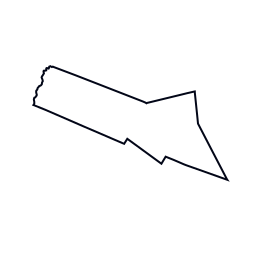 Tres de Febrero, Buenos Aires, Argentina (Equal Earth projection), rotated 335°
{"feature_id": "61730980B88678124443771", "entity_name": "Tres de Febrero", "entity_type": "district", "adm_level": 2, "iso_a3": "ARG", "parent_name": "Argentina", "parent_adm1": "Buenos Aires", "projection": "equal_earth", "projection_center": [-58.607, -34.6], "detail": "fine", "context": "isolated", "style": "outline", "palette": "ink", "viewbox_px": 256, "rotation_deg": 335, "n_neighbors": 0, "source": "geoboundaries", "source_scale": "gbopen_adm2", "svg_char_len": 1203}
<svg xmlns="http://www.w3.org/2000/svg" viewBox="0 0 256 256"><g transform="rotate(335 128 128)"><path d="M196.1,216.9L196.0,216.2L194.6,184.4L193.3,153.6L196.1,145.6L203.5,124.2L204.0,123.1L203.7,123.0L198.4,121.9L196.6,121.5L188.5,119.9L155.7,113.3L155.2,113.4L154.5,112.3L153.6,111.3L153.2,110.8L120.6,76.7L102.5,57.8L86.3,41.2L85.8,40.6L84.8,40.6L84.1,39.7L83.8,39.2L82.6,39.1L82.1,39.6L81.9,40.0L81.2,40.6L80.7,40.4L80.4,39.8L79.7,39.3L79.2,39.4L78.6,40.3L78.4,40.7L78.2,41.2L76.9,41.0L76.1,40.5L75.7,40.6L75.2,41.3L75.1,42.0L74.8,43.1L73.9,43.6L73.5,43.9L72.6,44.5L71.9,44.8L71.1,45.6L71.0,46.6L71.0,47.1L70.9,48.1L70.6,49.5L69.9,50.0L69.4,50.4L68.9,51.0L68.8,51.3L68.3,52.0L67.2,52.5L66.5,52.6L65.2,52.5L64.8,52.8L64.4,53.0L63.3,53.4L62.7,53.9L62.4,54.4L62.0,54.8L61.6,55.0L60.9,55.3L60.4,55.7L59.8,57.0L59.6,57.9L59.5,58.7L59.4,59.2L58.9,60.0L58.2,60.3L57.6,60.6L57.1,61.0L56.6,61.1L55.9,61.0L55.4,61.5L54.8,62.2L54.4,63.5L54.3,64.1L54.0,64.9L53.6,65.9L53.2,66.4L52.8,66.7L52.0,67.2L60.7,76.5L88.7,108.1L117.8,140.7L122.8,137.5L143.2,174.5L150.0,169.9L155.9,176.2L160.0,180.8L163.0,184.2L164.5,185.8L165.3,186.6L190.5,211.4L196.1,216.9Z" fill="none" stroke="#020617" stroke-width="2"/></g></svg>